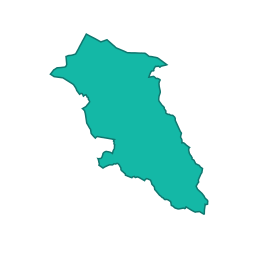 Jølster nor, Sogn og Fjordane, Norway (orthographic projection), rotated 257°
{"feature_id": "86288312B82743571298171", "entity_name": "Jølster nor", "entity_type": "district", "adm_level": 2, "iso_a3": "NOR", "parent_name": "Norway", "parent_adm1": "Sogn og Fjordane", "projection": "orthographic", "projection_center": [6.402, 61.569], "detail": "fine", "context": "isolated", "style": "filled", "palette": "teal", "viewbox_px": 256, "rotation_deg": 257, "n_neighbors": 0, "source": "geoboundaries", "source_scale": "gbopen_adm2", "svg_char_len": 5784}
<svg xmlns="http://www.w3.org/2000/svg" viewBox="0 0 256 256"><g transform="rotate(257 128 128)"><path d="M78.7,120.6L79.3,121.3L79.4,123.2L78.5,123.7L78.1,124.0L78.1,124.5L78.2,125.4L78.3,126.1L77.8,126.8L77.4,127.5L73.0,132.3L73.7,132.9L73.8,133.1L74.5,134.7L74.2,135.4L73.6,136.3L72.7,137.5L72.2,138.2L69.6,138.6L69.2,138.6L67.9,138.6L64.8,140.4L62.0,140.2L59.7,141.5L59.0,141.8L57.7,142.5L56.2,143.2L55.3,143.7L54.6,144.4L52.4,145.8L52.0,146.7L50.8,147.1L49.9,147.9L49.8,148.4L50.0,149.0L49.0,150.9L46.8,152.9L45.7,153.0L42.8,152.8L41.8,154.2L40.7,154.9L39.5,155.8L37.9,158.5L37.7,159.3L37.5,163.7L37.4,164.3L36.7,165.2L36.9,165.9L37.9,166.4L37.9,167.1L37.6,167.3L33.5,171.5L32.1,173.1L31.0,174.5L30.9,174.7L30.9,176.5L30.7,177.0L30.5,178.8L30.0,179.5L29.3,180.1L27.1,182.4L27.1,183.0L30.9,184.0L36.1,186.0L35.7,186.3L35.8,186.9L35.9,187.1L35.9,187.6L35.8,188.0L35.9,188.4L36.0,188.5L36.9,188.6L37.9,189.0L38.4,189.2L38.9,189.2L39.6,189.2L41.8,187.7L42.6,187.2L44.5,186.8L47.6,185.4L52.6,182.0L56.0,181.3L58.7,183.8L59.4,184.7L61.5,184.8L63.5,186.2L66.7,188.6L67.9,189.9L71.8,191.5L73.6,189.8L75.5,189.0L78.0,185.9L81.8,185.0L83.4,183.4L84.2,183.6L84.9,183.8L85.3,183.5L86.4,183.3L86.7,183.2L86.9,183.0L87.2,182.8L89.6,182.1L90.6,182.1L91.0,182.1L92.3,182.1L92.7,182.1L93.1,182.2L94.1,182.6L94.5,182.8L95.0,183.3L95.2,183.6L95.8,182.9L96.6,182.3L97.4,181.6L98.4,180.8L99.7,180.0L100.9,179.0L101.2,178.4L101.4,177.9L101.5,177.4L101.5,177.2L102.7,177.6L104.5,177.8L105.2,177.7L106.8,177.2L107.3,177.2L108.2,177.5L109.5,178.1L110.5,178.7L111.0,178.9L111.6,178.7L112.7,178.2L124.5,175.8L125.3,175.8L126.3,176.1L127.1,176.1L128.1,175.9L130.2,174.5L130.6,173.6L130.6,173.1L130.9,172.4L131.5,171.8L131.9,171.5L132.1,171.1L132.2,170.8L132.2,170.4L132.2,170.1L132.4,169.8L132.6,169.6L132.9,169.3L133.2,169.1L133.6,168.6L134.0,168.3L134.5,168.3L135.0,168.4L135.9,168.7L136.3,168.6L136.6,168.6L137.2,168.2L139.0,167.6L139.8,167.9L140.0,167.9L141.5,167.0L142.1,166.6L142.8,166.1L143.9,165.7L146.0,164.8L147.2,164.3L148.2,164.3L148.9,164.3L149.5,164.5L151.6,165.2L152.2,165.5L154.8,167.1L155.4,167.4L156.3,167.6L157.2,167.7L159.7,167.7L161.9,167.8L163.9,168.1L164.6,168.2L165.5,168.7L165.8,168.8L166.1,168.9L167.1,169.8L167.6,170.1L168.1,169.9L168.3,169.6L169.2,168.6L169.7,167.9L169.8,167.3L169.9,166.5L171.4,165.5L172.5,164.6L172.6,164.0L172.7,162.7L172.7,161.4L172.7,160.4L172.8,159.7L174.7,160.9L175.5,161.4L177.3,162.8L178.2,163.8L178.2,164.0L178.0,165.5L178.0,165.9L178.2,166.1L179.2,166.2L179.7,166.5L180.4,167.1L180.8,167.5L181.8,168.6L181.9,169.0L181.5,169.7L181.4,171.6L181.3,171.8L180.5,172.4L180.1,172.7L180.1,172.9L180.8,174.1L180.8,174.5L180.8,175.0L180.8,176.0L180.8,178.5L180.8,179.4L180.9,180.1L182.7,178.6L183.6,177.8L184.2,177.3L186.0,175.8L187.3,174.6L188.0,174.1L189.7,172.5L190.5,171.0L191.4,168.9L192.2,167.2L192.7,165.7L193.1,164.6L193.3,164.3L194.3,163.7L196.3,162.1L196.9,161.5L197.2,160.7L197.6,159.0L197.9,158.2L198.0,157.4L198.7,154.9L199.5,152.1L199.8,150.8L200.1,149.6L200.5,147.8L200.7,147.4L201.5,144.3L201.9,143.8L202.2,143.4L203.4,141.9L206.5,137.6L206.8,137.2L207.2,136.6L208.1,135.4L208.5,134.8L208.7,134.5L209.1,134.2L211.1,132.9L212.1,132.1L212.7,131.7L214.2,130.6L215.2,129.9L218.1,127.8L218.7,127.4L218.5,125.4L218.3,124.1L218.2,122.8L218.0,120.9L222.7,115.7L226.3,111.4L228.9,108.5L224.4,104.6L222.8,103.1L221.2,101.8L218.2,99.1L216.2,97.5L213.8,95.3L213.6,95.2L212.8,94.4L211.9,93.6L211.6,90.4L211.6,89.3L211.7,88.2L211.8,87.6L212.0,86.0L211.8,85.4L211.7,85.0L211.6,83.7L203.6,82.6L201.9,81.2L201.7,80.5L201.6,79.5L201.7,79.0L202.0,76.3L202.3,74.3L202.6,72.4L201.6,69.7L201.3,68.7L198.8,65.7L197.9,64.5L195.6,66.7L194.7,67.5L191.5,75.9L190.5,76.9L183.7,83.7L182.5,84.7L179.3,85.9L178.0,86.3L176.1,86.5L171.7,88.4L172.3,89.8L171.8,91.1L169.8,91.6L169.3,91.6L169.0,91.8L169.3,92.2L169.7,92.4L169.7,92.8L169.6,93.0L169.7,93.9L169.9,94.4L169.3,94.9L167.4,95.1L166.9,95.9L166.7,96.1L166.4,96.2L166.0,96.1L165.7,96.0L165.6,95.9L165.1,95.8L164.1,96.2L162.6,96.6L162.2,96.5L161.8,96.3L161.1,95.4L160.3,94.4L159.6,93.4L158.9,92.6L158.5,92.1L158.3,91.7L157.8,90.2L157.5,89.1L157.1,88.0L156.8,88.3L156.1,88.7L154.9,89.4L154.5,89.5L154.3,89.6L154.2,89.6L152.5,89.6L151.6,89.7L151.2,89.6L150.6,89.6L142.1,88.9L139.2,89.8L137.4,90.3L135.9,90.8L135.7,90.9L135.5,91.1L135.1,91.2L131.1,90.9L129.9,91.4L127.6,92.6L125.5,93.9L126.3,95.0L126.5,95.8L126.6,96.3L124.7,100.6L124.3,101.8L123.8,102.9L122.7,105.6L121.9,107.4L121.1,109.4L120.5,110.6L119.8,112.2L119.5,111.7L119.2,111.3L118.9,111.1L118.3,110.9L117.9,111.3L117.7,111.3L117.3,111.3L116.5,111.0L115.9,110.8L115.6,110.8L115.2,110.9L114.6,111.3L113.9,110.9L113.2,110.7L111.1,110.1L110.7,109.9L110.0,109.1L109.1,108.4L108.4,108.0L107.9,107.8L106.7,107.1L107.5,106.3L107.8,105.9L108.4,105.1L108.7,104.6L109.0,104.0L109.2,103.6L109.8,102.1L110.1,101.4L110.1,101.2L110.0,100.4L109.9,100.0L109.7,99.4L109.6,99.2L109.5,98.9L109.3,98.6L108.9,98.1L108.6,97.8L108.3,97.8L107.5,97.3L106.3,96.6L105.7,96.2L104.8,95.4L104.7,95.1L104.5,94.6L104.5,94.4L104.6,93.2L104.8,92.0L104.9,91.8L104.1,92.0L102.1,92.0L101.8,92.0L101.2,91.9L100.8,92.0L99.8,92.0L99.2,91.8L98.8,91.6L98.3,91.3L96.0,93.4L94.9,94.3L94.6,94.6L94.7,94.9L94.9,95.5L95.3,96.5L95.5,97.6L95.6,98.1L95.8,99.0L96.0,99.8L96.1,100.6L96.2,101.4L96.3,101.8L96.3,102.1L95.9,103.1L95.6,104.4L95.6,104.7L95.7,105.1L96.1,105.8L96.3,106.1L96.2,106.7L95.9,107.2L95.8,107.6L95.7,108.0L95.7,108.3L95.9,108.6L96.0,109.1L96.0,109.5L95.7,110.1L95.4,110.3L94.0,111.2L93.8,111.3L93.3,111.3L91.4,111.9L90.7,112.1L89.4,111.8L88.9,111.8L88.5,111.9L88.2,112.0L87.4,112.5L87.1,112.8L86.9,113.1L86.0,113.5L85.7,113.7L85.2,114.2L84.2,114.8L84.0,115.1L82.6,114.9L82.3,115.3L81.8,116.2L81.3,116.7L80.6,117.8L79.7,119.0L78.7,120.6Z" fill="#14b8a6" stroke="#0f766e" stroke-width="1.5"/></g></svg>